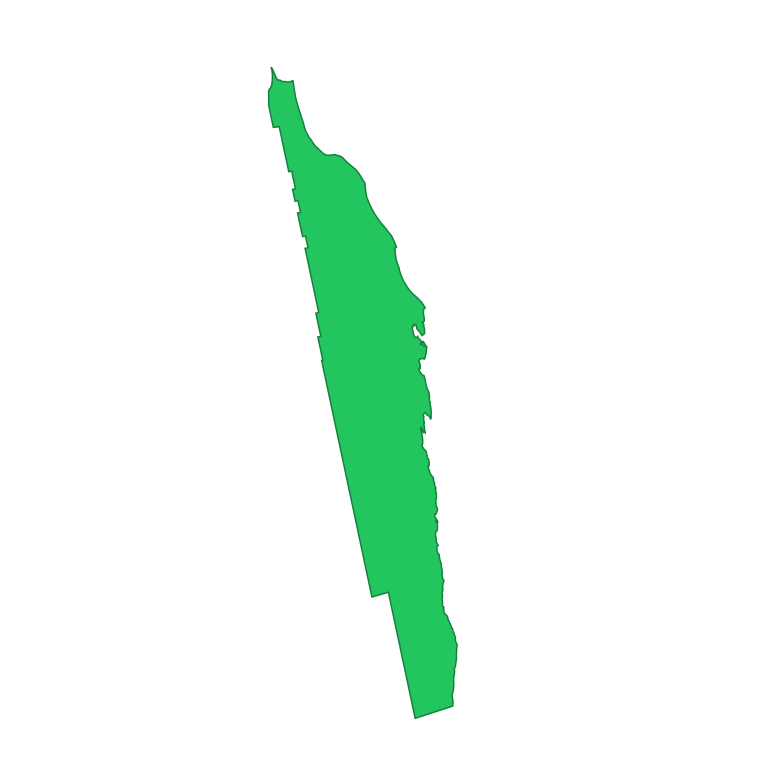 the district of North Slope, Alaska, United States of America, rotated 78°
{"feature_id": "52423323B80059195101619", "entity_name": "North Slope", "entity_type": "district", "adm_level": 2, "iso_a3": "USA", "parent_name": "United States of America", "parent_adm1": "Alaska", "projection": "robinson", "projection_center": [-153.874, 69.676], "detail": "fine", "context": "isolated", "style": "filled", "palette": "green", "viewbox_px": 768, "rotation_deg": 78, "n_neighbors": 0, "source": "geoboundaries", "source_scale": "gbopen_adm2", "svg_char_len": 6085}
<svg xmlns="http://www.w3.org/2000/svg" viewBox="0 0 768 768"><g transform="rotate(78 384 384)"><path d="M717.5,423.0L713.3,383.7L710.2,382.7L707.8,382.4L705.5,382.4L702.2,382.0L699.6,380.6L697.5,379.7L694.7,378.8L691.3,378.0L688.3,377.6L684.3,376.3L680.1,374.7L676.7,374.4L676.5,373.8L675.3,373.0L674.1,372.5L667.6,370.2L662.6,369.2L657.0,367.6L655.2,367.1L654.3,366.6L653.6,366.7L651.8,367.3L650.1,367.5L646.1,366.8L645.1,367.2L642.8,367.3L641.3,367.5L641.3,367.9L640.0,368.1L638.4,367.7L637.7,367.8L636.9,368.3L635.1,368.7L633.4,368.8L632.4,369.0L631.4,369.5L629.4,369.7L628.8,370.0L628.6,370.2L626.0,370.2L624.3,370.4L623.5,370.8L622.9,371.4L620.3,372.6L619.0,372.7L617.3,372.6L615.9,372.2L614.3,372.0L614.2,372.0L614.1,372.5L613.1,372.8L611.8,372.9L610.9,372.3L610.3,372.2L606.1,371.8L605.6,371.7L605.0,371.3L604.2,371.0L602.1,370.8L600.1,370.5L599.4,370.4L598.5,370.0L598.5,369.6L597.5,369.1L597.1,369.1L595.6,369.1L594.5,368.8L590.9,367.5L590.3,367.0L590.1,366.8L588.8,366.3L588.4,366.2L588.0,366.7L586.9,367.0L584.7,367.0L582.4,366.9L581.9,366.5L580.4,366.2L576.9,365.8L576.3,365.9L574.3,365.8L573.4,365.6L571.9,365.5L568.9,365.7L566.2,365.9L562.3,365.5L561.7,366.0L559.7,366.8L555.4,366.5L554.9,366.4L553.9,365.8L553.6,365.2L553.5,364.9L553.2,364.5L550.6,365.5L549.7,365.6L548.5,365.5L546.6,365.1L543.0,365.0L542.2,365.1L540.0,364.5L538.6,362.6L537.4,362.1L534.9,361.4L531.9,361.0L531.6,360.9L531.6,360.7L531.1,360.5L530.4,360.6L530.3,361.2L529.7,361.7L528.8,362.1L528.2,361.8L528.0,361.1L528.7,360.3L527.3,360.7L527.0,360.9L525.0,361.7L523.5,361.8L522.5,361.6L522.1,361.4L521.8,361.2L522.1,360.6L521.8,360.0L519.1,358.2L518.3,357.9L516.8,357.7L516.1,357.7L516.1,357.8L515.3,358.2L513.8,358.5L512.0,357.9L510.2,357.8L509.5,357.9L506.3,356.5L503.8,355.9L500.4,355.6L498.3,355.7L497.8,355.7L497.4,355.3L496.7,354.8L495.5,355.1L494.8,355.4L494.1,355.5L493.7,355.5L492.0,355.3L491.7,355.1L490.3,355.2L489.7,355.5L487.9,355.7L487.7,355.7L486.5,355.1L481.3,357.4L480.6,357.6L477.9,357.6L474.1,358.3L473.5,357.7L473.7,357.4L472.7,356.7L470.7,356.3L470.1,356.0L466.5,356.1L466.4,356.6L465.6,357.1L464.5,356.7L463.4,356.6L462.4,356.9L461.6,357.0L460.4,356.7L459.2,356.7L458.3,357.0L457.5,357.5L456.8,357.7L455.9,358.6L454.7,358.9L454.3,359.4L451.8,359.5L450.5,358.6L446.8,357.8L444.0,357.5L438.2,357.4L436.7,357.5L435.9,357.6L435.3,357.5L434.1,356.9L434.4,356.6L434.8,356.3L437.2,355.9L438.4,355.9L439.6,355.6L439.4,355.3L438.8,354.9L439.7,354.1L440.4,353.8L440.2,353.7L439.8,353.6L439.1,353.7L438.4,353.9L437.3,353.9L435.7,353.6L433.3,353.4L432.0,353.5L431.0,353.4L431.2,353.0L430.7,352.7L430.1,352.6L427.6,352.6L426.0,352.4L424.3,351.8L424.1,351.8L423.7,352.1L422.1,351.9L421.8,351.6L421.1,350.7L420.7,349.5L420.8,349.3L423.1,348.5L423.3,348.0L425.4,346.2L426.0,346.0L427.7,345.9L427.8,345.8L427.9,345.7L426.9,344.9L423.7,344.3L422.9,344.0L417.4,343.1L412.9,343.1L411.4,342.5L409.8,343.0L409.2,342.8L407.4,342.7L406.6,342.5L406.2,342.1L401.4,341.8L398.4,342.6L395.2,343.0L390.7,343.0L389.6,342.9L385.1,343.0L384.0,343.2L384.0,343.5L383.6,344.0L383.0,344.6L382.5,345.0L380.6,345.9L379.1,346.4L378.1,346.7L377.8,346.7L376.3,346.5L376.7,345.9L376.6,345.6L375.8,345.2L373.5,344.6L371.6,344.7L369.8,345.0L368.0,344.9L367.2,343.5L367.1,342.2L367.1,340.5L367.5,340.0L368.1,339.6L367.8,339.0L366.9,338.4L362.9,336.6L358.8,335.2L356.6,334.5L355.8,334.6L355.2,335.1L355.7,335.8L355.8,336.3L355.7,336.6L355.5,336.9L354.6,337.0L354.3,336.9L353.8,336.1L353.7,335.9L353.7,335.7L350.9,336.6L350.4,337.0L350.5,337.2L352.9,338.4L353.2,338.8L353.3,339.2L353.3,339.4L353.1,339.7L352.5,340.1L352.3,340.1L352.0,340.0L350.9,339.1L350.8,338.8L348.7,339.1L348.2,339.5L347.7,339.9L347.2,340.3L345.9,341.0L344.4,341.2L344.9,341.9L345.1,342.4L345.1,343.0L345.0,343.3L344.6,343.8L343.6,344.2L341.1,344.9L338.9,344.7L335.5,344.8L333.8,344.5L334.1,344.0L333.4,342.7L331.9,342.6L331.8,342.4L332.7,341.9L332.3,341.0L332.8,340.5L335.3,340.3L336.5,340.4L338.2,339.7L339.5,338.9L339.7,338.6L341.3,337.9L343.6,337.3L344.6,336.6L344.5,336.1L343.3,335.1L343.2,334.7L343.2,333.9L342.7,333.7L338.4,333.0L337.3,332.9L336.7,333.1L335.3,333.1L334.4,332.6L333.5,333.3L331.9,333.7L331.3,333.3L331.5,332.9L331.7,332.7L330.6,331.4L327.1,330.9L324.4,330.9L323.6,330.8L322.4,330.6L319.4,329.8L319.2,329.7L318.5,329.0L318.3,327.9L316.4,328.4L312.3,330.0L308.4,332.4L305.6,334.3L301.1,337.6L296.7,340.0L294.6,340.9L289.4,342.8L287.8,343.3L286.0,343.8L281.2,344.7L278.0,345.1L275.7,345.2L272.8,345.1L272.5,345.5L271.6,345.7L270.3,345.6L268.8,346.0L267.5,345.9L265.4,346.2L262.7,346.1L258.1,345.8L255.2,345.2L254.0,345.2L253.1,344.6L252.6,343.3L243.6,345.1L240.5,345.9L236.7,347.9L233.7,349.3L230.0,351.1L225.8,353.5L219.0,356.5L215.6,357.8L210.4,359.4L204.5,360.9L199.5,361.7L197.9,362.1L196.6,362.0L194.2,362.0L192.0,361.9L183.3,360.9L182.0,361.4L181.8,361.6L179.0,362.5L178.9,362.6L174.6,364.1L171.3,365.4L168.5,367.0L167.7,367.5L166.4,368.7L165.5,369.2L164.2,370.4L161.4,372.6L159.3,374.0L158.2,374.9L157.5,375.2L153.3,378.0L152.4,379.1L151.5,380.5L150.5,382.7L150.2,382.9L149.5,384.0L149.2,384.8L149.1,388.0L148.8,390.1L149.0,390.3L148.5,391.7L148.1,392.6L147.2,394.0L146.0,395.3L145.4,395.9L140.4,399.2L138.1,401.0L134.9,402.7L133.0,403.5L130.3,404.4L128.5,405.4L126.4,406.3L123.9,406.9L122.3,407.5L121.5,407.7L119.1,408.2L112.0,408.6L108.7,408.9L104.6,409.5L102.8,409.5L100.6,409.8L91.3,410.7L86.2,410.8L84.9,410.9L68.5,410.0L68.3,410.2L68.3,410.6L68.8,412.6L68.9,413.4L68.2,416.9L67.8,417.3L67.2,419.1L67.1,420.0L67.2,420.3L66.9,420.8L66.6,421.1L65.1,422.6L64.8,424.0L64.7,424.3L64.0,425.0L63.6,425.2L62.7,425.6L54.0,427.4L51.6,428.0L50.5,428.6L54.3,428.4L58.5,428.9L61.7,429.6L65.8,430.8L68.3,431.8L70.5,433.2L71.7,434.6L72.1,435.3L74.7,436.3L76.9,436.7L79.4,437.0L84.3,438.1L87.0,438.9L110.0,438.9L110.5,433.0L156.5,433.0L156.7,430.0L174.8,430.0L174.6,433.0L186.7,433.0L186.9,430.0L198.9,430.0L198.7,433.0L222.8,433.0L223.0,430.0L235.0,430.0L234.9,433.0L300.6,433.0L300.5,435.9L324.3,435.9L324.2,438.9L348.0,438.9L348.0,440.1L589.8,440.1L588.6,423.0L717.5,423.0Z" fill="#22c55e" stroke="#15803d" stroke-width="1.5"/></g></svg>